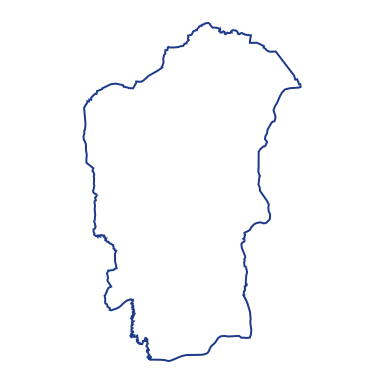 the district of Chok Chai, Nakhon Ratchasima, Thailand
{"feature_id": "78962969B33343210665646", "entity_name": "Chok Chai", "entity_type": "district", "adm_level": 2, "iso_a3": "THA", "parent_name": "Thailand", "parent_adm1": "Nakhon Ratchasima", "projection": "mercator", "projection_center": [102.192, 14.755], "detail": "fine", "context": "isolated", "style": "outline", "palette": "blue", "viewbox_px": 384, "rotation_deg": 0, "n_neighbors": 0, "source": "geoboundaries", "source_scale": "gbopen_adm2", "svg_char_len": 5931}
<svg xmlns="http://www.w3.org/2000/svg" viewBox="0 0 384 384"><path d="M294.2,75.7L275.7,51.5L270.6,51.7L268.7,51.4L267.0,50.5L265.4,48.7L263.6,47.6L263.9,46.1L257.3,42.9L256.3,42.7L254.3,42.9L249.9,42.8L250.1,39.7L251.0,35.4L244.8,34.6L244.2,34.0L243.1,33.8L241.7,32.9L238.9,34.3L237.9,33.7L237.9,32.5L236.1,30.6L233.0,30.1L232.0,30.5L231.8,31.1L231.5,31.2L231.6,32.1L231.0,31.8L230.5,32.9L229.8,33.1L227.3,32.7L226.1,33.9L225.4,34.2L224.7,33.8L224.9,32.6L224.6,32.0L223.3,31.3L222.5,32.1L221.4,32.6L220.4,32.5L220.3,31.6L219.9,31.4L220.1,30.9L219.7,30.6L219.9,29.4L220.2,29.2L220.1,28.8L219.4,29.5L219.5,28.8L218.6,28.3L215.8,27.6L212.6,27.6L211.3,26.4L209.5,23.6L208.2,23.0L205.3,23.3L204.0,24.3L202.3,24.6L201.5,26.0L200.4,25.7L199.3,26.4L198.4,27.9L197.5,28.5L196.9,30.2L195.9,30.0L195.2,30.6L193.5,31.2L192.9,31.9L192.3,33.6L191.2,34.9L188.1,35.6L188.2,37.6L187.9,38.9L188.8,40.1L186.7,42.2L186.5,43.4L184.9,43.6L184.1,44.3L183.3,45.9L179.8,46.4L178.6,47.0L175.5,47.4L169.7,47.5L168.6,47.0L168.4,47.4L167.8,47.4L167.4,50.1L165.3,50.2L165.2,53.7L164.1,55.1L163.2,59.0L163.6,62.4L162.3,66.1L161.8,66.6L162.3,67.4L159.1,69.8L148.4,76.0L143.6,80.4L141.2,81.8L136.2,81.5L136.1,83.0L133.1,88.3L128.7,88.1L127.8,87.5L125.2,87.1L125.0,86.7L123.8,86.8L123.4,86.5L123.1,85.2L115.8,83.6L110.7,84.3L102.2,88.4L102.1,89.2L97.0,91.1L96.5,93.9L95.1,93.8L91.3,97.5L91.2,99.8L89.3,99.5L88.9,101.5L87.4,101.2L87.3,102.5L86.7,103.7L85.7,104.7L85.3,105.9L84.1,107.7L85.5,124.0L85.2,127.8L84.8,130.1L84.2,130.6L84.4,133.0L83.5,136.6L83.8,139.7L85.0,141.6L85.9,144.3L86.0,150.0L86.8,155.1L86.3,159.7L86.5,162.8L93.3,168.2L92.4,170.9L93.5,172.2L94.1,174.2L94.2,175.1L93.7,176.5L94.1,177.4L93.9,183.9L94.3,185.6L93.7,189.1L93.1,190.6L93.2,191.6L93.8,193.0L95.9,194.1L96.8,195.2L96.4,196.4L95.1,197.6L95.8,200.4L94.8,201.0L94.5,202.4L95.0,205.5L94.7,209.1L95.2,215.3L94.7,220.0L94.1,221.4L95.0,223.8L95.2,225.8L95.7,226.5L94.9,228.5L93.6,229.2L93.5,231.6L94.4,233.5L94.2,234.8L96.0,236.1L96.7,235.7L97.8,236.9L98.0,236.2L99.4,236.4L98.7,235.5L99.5,235.4L100.0,235.9L100.6,235.3L101.6,235.5L101.9,235.1L102.7,235.5L103.9,235.5L103.9,236.0L104.3,236.1L104.2,236.6L104.6,236.8L104.4,237.4L105.3,238.1L105.4,238.6L106.2,238.5L105.8,239.3L105.3,239.6L105.3,240.0L106.0,239.9L106.6,241.5L108.5,241.8L108.7,242.6L109.1,242.6L110.4,243.7L111.4,244.0L112.6,245.0L113.1,245.0L113.1,245.9L113.6,246.5L113.5,248.6L114.5,249.0L114.5,249.5L115.1,250.4L116.2,250.7L115.0,253.4L115.1,261.8L116.2,265.8L116.1,266.4L116.6,268.3L114.6,269.0L113.4,270.1L110.9,270.2L109.2,270.8L108.3,270.5L107.0,273.4L108.1,277.8L107.4,280.1L107.6,281.0L111.2,286.6L108.4,287.9L107.0,290.7L106.8,291.6L105.1,295.4L104.6,295.7L105.3,299.4L105.1,301.7L105.3,303.4L107.0,304.3L107.6,306.9L109.9,308.1L109.6,309.9L111.2,310.3L115.8,308.8L119.0,307.3L120.8,305.9L123.3,303.3L127.3,300.3L127.8,300.5L128.2,300.1L130.9,299.3L131.2,299.9L132.1,300.2L132.5,299.8L132.9,299.8L132.7,301.7L131.2,303.6L131.6,303.9L132.7,304.0L132.3,305.0L133.2,305.9L132.1,307.1L132.3,307.4L133.2,307.4L132.5,309.2L132.9,309.4L133.5,309.0L134.2,310.8L134.1,311.1L133.4,311.2L132.7,311.9L133.1,313.3L134.3,313.0L134.7,313.6L134.2,314.3L133.2,314.7L133.5,315.5L131.8,316.1L131.9,317.0L133.2,317.0L133.0,317.8L131.2,318.4L132.3,319.9L132.2,321.2L133.5,321.4L132.0,322.8L131.9,323.9L132.8,324.2L132.8,324.6L132.5,325.2L131.7,325.1L131.4,326.4L131.7,328.0L132.4,328.2L131.5,329.2L131.5,331.5L131.9,331.6L132.9,331.4L133.2,332.1L131.8,333.4L131.8,333.7L132.2,333.9L131.9,334.7L131.1,334.2L130.4,335.9L131.0,336.9L131.8,337.2L132.7,336.3L133.1,335.1L134.3,335.2L134.3,336.8L135.8,336.8L136.6,335.9L137.2,335.7L137.3,337.5L137.7,338.1L136.9,339.5L138.1,340.2L137.9,340.7L136.9,340.8L136.8,341.1L137.8,342.6L138.5,342.6L138.7,343.3L139.7,343.1L139.7,343.8L140.0,344.0L142.2,344.0L142.9,342.0L142.9,341.0L143.7,340.9L145.4,339.4L145.2,338.6L145.4,337.9L146.0,338.0L146.9,339.1L146.3,339.6L145.6,341.1L146.4,341.2L147.3,340.6L147.2,342.5L147.9,343.7L147.2,344.1L146.4,346.1L147.4,347.1L147.8,347.9L147.6,349.1L148.5,349.2L148.9,350.0L148.9,350.3L148.2,350.7L147.0,350.8L146.9,351.7L148.0,352.6L148.4,353.7L149.5,355.3L147.8,356.5L147.5,357.1L147.8,357.6L148.6,357.6L149.8,356.3L150.9,357.0L150.6,357.6L150.7,358.8L150.4,358.9L149.3,358.3L148.8,358.8L148.9,359.1L149.7,359.2L150.4,359.8L151.0,359.6L161.5,359.8L165.3,360.2L168.2,361.0L169.5,360.9L171.1,360.5L181.9,356.0L186.1,355.1L201.0,354.8L203.0,354.6L205.7,353.9L207.4,353.0L208.2,352.2L210.9,346.6L215.2,342.6L218.1,338.0L220.8,336.3L224.3,335.9L228.5,336.5L239.1,335.9L241.5,337.8L244.0,337.6L245.5,338.0L249.9,337.6L250.0,336.7L250.6,335.8L251.1,332.7L251.3,329.5L250.5,324.6L250.3,321.4L250.6,318.9L250.0,311.8L247.3,303.0L245.8,299.3L245.0,298.5L244.8,297.5L244.1,296.6L244.3,295.3L243.4,295.1L243.8,293.7L244.0,291.2L244.5,291.0L245.1,289.8L244.7,286.4L245.7,286.2L245.8,284.9L246.6,285.0L246.6,283.9L245.9,283.6L245.8,282.0L246.2,275.7L246.9,273.2L247.0,271.7L245.9,266.9L244.6,266.3L244.1,262.8L244.6,260.6L244.3,259.4L245.2,257.6L245.1,256.1L241.9,248.1L241.4,244.8L241.7,243.4L242.2,242.7L244.2,241.5L244.6,240.9L244.4,239.5L243.3,238.8L244.6,237.6L244.6,235.8L245.2,234.9L244.5,233.9L244.5,232.8L244.9,232.8L245.5,232.2L247.7,231.3L249.8,230.0L251.5,227.0L254.1,224.3L256.2,223.2L259.5,222.4L261.2,222.5L263.1,223.3L265.2,223.2L266.5,222.6L269.6,219.5L270.0,217.5L270.1,214.4L268.7,211.2L268.5,209.7L268.3,207.8L268.8,204.5L267.0,200.9L260.0,190.8L259.8,187.8L258.5,184.6L259.4,177.0L260.0,175.9L259.2,174.7L258.3,171.5L258.6,167.2L258.7,151.7L260.1,149.5L261.7,147.8L263.5,146.4L264.6,146.4L265.3,145.9L267.1,142.0L265.0,139.2L265.4,136.2L267.0,133.4L267.6,129.6L271.6,122.6L272.7,121.7L274.4,121.3L274.7,120.7L275.5,117.4L275.2,115.4L273.6,110.7L273.7,109.6L274.9,106.5L277.4,102.2L279.9,96.3L282.0,92.6L284.9,89.5L290.0,88.2L298.7,87.6L300.5,87.1L300.3,84.2L299.1,84.2L297.2,79.3L295.2,79.6L294.2,75.7Z" fill="none" stroke="#1e3a8a" stroke-width="2"/></svg>